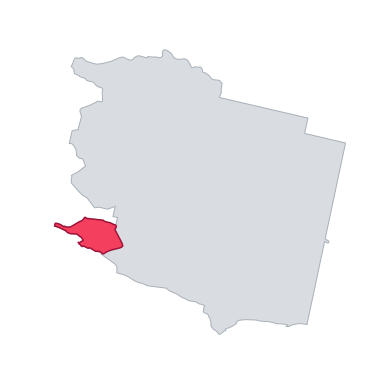 location of Blue Nile within Sudan, rotated 102°
{"feature_id": "SDN-148", "entity_name": "Blue Nile", "entity_type": "State", "adm_level": 1, "iso_a3": "SDN", "parent_name": "Sudan", "parent_adm1": "", "projection": "equal_earth", "projection_center": [34.239, 11.094], "detail": "fine", "context": "in_parent", "style": "filled", "palette": "rose", "viewbox_px": 384, "rotation_deg": 102, "n_neighbors": 0, "source": "natural_earth", "source_scale": "10m", "svg_char_len": 5322}
<svg xmlns="http://www.w3.org/2000/svg" viewBox="0 0 384 384"><g transform="rotate(102 192 192)"><path d="M254.0,319.1L251.0,319.1L250.7,318.2L250.8,315.6L251.1,313.6L252.2,310.5L251.9,308.8L252.1,306.3L251.3,303.6L244.1,295.6L242.7,293.4L238.9,291.4L239.5,289.1L238.0,272.9L238.8,271.0L239.0,268.1L239.0,265.6L239.9,261.5L240.0,259.7L232.4,259.6L232.3,261.4L232.6,263.4L232.6,264.2L222.0,264.2L226.2,270.6L226.4,273.4L226.2,276.9L226.2,279.1L226.4,280.6L227.6,283.5L227.5,284.0L227.2,284.7L219.7,293.2L218.4,297.2L217.4,299.2L215.2,302.7L208.3,311.8L207.1,312.4L201.9,312.8L201.4,313.0L200.9,313.4L200.7,313.3L196.2,307.9L188.7,301.5L183.7,304.9L182.3,306.1L182.3,309.2L181.5,310.8L180.1,312.5L176.4,313.6L174.5,314.5L172.2,316.3L169.9,319.2L169.8,320.7L170.0,322.1L157.2,322.0L156.4,320.9L154.6,316.1L153.3,316.4L141.6,315.8L140.0,316.3L136.6,318.3L134.9,318.6L133.2,317.7L127.2,308.2L125.9,307.1L124.5,304.8L123.2,303.8L122.8,303.1L122.6,302.1L122.7,300.0L122.3,298.7L121.3,298.4L113.1,300.6L111.9,300.4L110.2,300.8L109.6,301.1L108.8,302.4L108.7,305.0L108.5,306.3L107.8,307.7L105.5,311.0L104.9,312.4L105.0,315.9L104.8,317.7L104.5,318.5L103.4,319.9L103.0,320.7L102.6,325.2L101.3,328.0L101.0,329.0L100.9,330.9L100.7,331.6L96.9,333.1L95.5,334.1L94.7,335.7L94.4,336.3L92.9,335.8L90.8,335.4L86.9,334.9L85.4,334.2L84.7,333.1L84.9,330.3L84.6,329.7L83.9,329.3L83.5,328.1L83.6,326.6L85.7,323.4L86.2,321.7L86.8,313.7L86.7,311.3L85.1,306.8L81.4,299.1L80.6,297.6L76.0,291.3L75.4,290.3L74.3,287.6L75.7,281.8L75.8,280.2L75.5,278.5L74.3,277.2L73.3,277.1L71.9,275.5L71.0,274.8L70.2,273.4L69.7,271.5L70.2,264.6L70.0,263.7L68.8,263.4L68.5,262.9L68.6,261.6L68.0,257.7L67.3,254.4L67.7,252.6L66.8,250.2L64.9,249.1L61.2,249.9L60.0,249.8L59.2,249.3L58.7,248.4L58.4,247.4L58.7,245.8L59.8,242.9L61.2,240.5L63.9,238.3L64.6,237.1L65.0,235.8L65.1,234.3L65.0,232.8L64.7,231.3L64.0,229.4L63.3,227.2L63.3,225.7L63.7,224.6L64.4,223.3L67.1,220.8L69.8,218.7L70.3,218.0L70.2,217.1L68.9,215.3L68.6,212.0L68.0,209.6L69.4,207.9L70.4,207.2L72.0,206.7L72.6,206.0L72.8,204.5L72.8,203.2L73.4,202.2L74.2,200.1L74.8,199.1L77.0,196.6L77.5,194.9L77.6,193.4L77.1,188.6L78.4,186.7L79.9,185.0L82.1,185.1L85.5,184.8L87.9,184.1L89.5,184.1L93.3,185.0L93.7,184.6L93.9,183.4L95.6,94.0L111.1,94.0L111.3,93.8L112.2,52.0L209.4,52.0L210.2,51.8L211.7,47.9L212.4,47.7L213.4,47.9L213.7,48.8L212.9,52.0L297.7,52.0L297.9,56.7L298.6,60.5L301.0,66.0L303.1,68.9L303.8,70.6L303.9,71.3L303.8,72.0L303.2,71.2L302.2,70.7L302.0,73.2L302.6,78.5L303.4,82.2L302.8,85.6L303.0,91.3L304.1,98.3L303.9,102.7L305.7,113.0L307.5,118.8L308.5,120.2L309.5,121.0L311.6,121.4L314.7,124.4L317.1,127.5L317.9,129.1L319.1,130.9L319.9,130.5L320.4,130.1L321.2,131.5L325.0,134.6L325.6,136.0L324.2,137.5L322.7,139.9L321.9,142.1L321.5,142.9L320.3,144.3L320.0,145.0L319.5,145.4L318.9,145.4L317.6,146.2L316.4,146.0L315.3,146.4L314.8,146.9L313.9,147.4L312.6,147.6L310.6,149.6L308.9,150.5L308.3,151.3L307.5,155.1L306.8,156.1L304.2,156.2L303.0,156.5L301.3,156.1L300.4,156.1L300.2,156.9L299.9,160.2L300.0,161.6L298.6,165.4L299.0,172.4L297.6,177.6L297.5,178.8L296.1,183.0L295.3,184.5L293.6,192.3L292.9,194.7L291.4,197.2L293.0,215.9L291.7,221.7L291.8,224.8L290.9,229.4L290.2,231.6L289.1,234.2L288.1,237.1L287.3,240.9L286.7,248.1L286.5,248.8L281.9,249.6L280.4,250.2L279.5,251.0L278.3,252.8L276.0,257.9L274.7,261.0L272.8,265.3L270.6,268.3L270.1,269.8L269.8,272.5L268.9,276.9L268.2,280.0L268.3,282.4L267.6,286.7L267.7,288.8L266.9,290.0L265.9,291.1L265.2,291.4L262.0,288.5L259.7,290.5L258.3,293.3L257.2,296.1L257.8,302.1L257.8,303.4L257.5,304.8L255.3,310.7L254.7,313.3L254.1,318.0L254.0,319.1Z" fill="#d9dde1" stroke="#a8b0b8" stroke-width="1"/><path d="M271.2,267.1L270.8,267.3L270.2,267.9L270.0,268.3L269.7,268.8L269.6,269.3L269.5,269.8L269.4,270.2L269.6,271.1L269.5,271.9L269.7,272.4L270.0,273.3L270.0,273.7L270.0,274.1L268.0,280.0L267.9,280.5L268.1,281.0L268.4,281.5L268.6,281.9L268.5,282.6L267.4,286.7L267.4,286.9L267.6,287.2L268.1,287.7L268.1,288.0L268.0,288.7L267.8,289.3L266.9,290.1L266.6,290.5L266.5,290.8L266.5,291.0L266.4,291.4L266.2,291.8L265.9,291.7L265.6,291.7L265.4,292.0L265.2,292.6L265.0,292.8L264.9,292.7L264.9,292.4L264.9,291.8L264.8,291.4L264.6,291.2L264.1,290.8L262.2,288.5L262.0,288.4L261.7,288.6L259.8,290.3L259.5,290.6L259.3,291.1L258.7,292.7L257.3,295.3L257.1,296.1L257.2,296.9L258.0,301.7L258.0,302.7L257.9,303.6L257.7,303.9L257.6,304.0L257.6,304.3L257.7,304.8L257.7,305.0L257.3,305.8L256.3,306.9L254.4,314.4L253.9,317.6L253.9,319.3L251.2,319.3L251.1,319.2L251.0,318.9L250.9,318.3L250.8,317.4L250.9,315.7L251.3,313.7L252.3,311.0L252.3,310.8L252.4,310.6L252.3,310.0L252.1,309.6L252.1,308.9L252.3,307.5L252.3,307.0L252.3,306.5L252.2,306.1L251.5,303.7L251.2,303.3L247.7,299.5L244.3,295.8L243.0,293.7L242.9,293.6L242.7,293.4L239.2,291.7L239.0,291.3L239.1,291.0L239.6,290.0L239.6,289.7L239.7,289.3L238.9,281.3L238.1,273.3L238.1,273.0L238.2,272.8L238.3,272.7L238.5,272.3L238.7,272.0L238.9,271.4L238.9,271.1L239.1,268.3L239.1,265.8L240.1,261.6L240.2,259.9L240.6,259.4L240.9,259.2L241.2,259.0L241.6,258.9L241.9,258.8L242.4,258.9L244.2,259.5L244.7,259.5L245.0,259.4L256.5,249.9L258.6,248.7L259.2,248.6L259.7,248.8L260.3,249.2L260.9,249.9L261.7,250.9L265.2,258.2L267.1,261.4L268.9,263.7L270.5,265.2L270.6,265.4L270.9,266.1L271.2,267.1L271.2,267.1Z" fill="#f43f5e" stroke="#9f1239" stroke-width="1.5"/></g></svg>